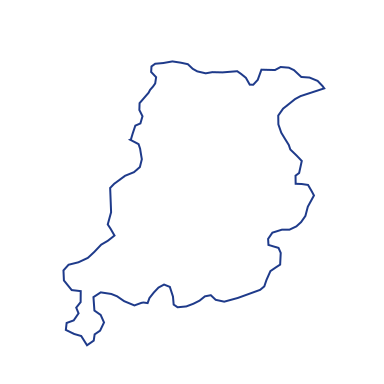 Chungju-si, North Chungcheong, South Korea (Albers equal-area conic projection), rotated 80°
{"feature_id": "91817680B87543439372548", "entity_name": "Chungju-si", "entity_type": "district", "adm_level": 2, "iso_a3": "KOR", "parent_name": "South Korea", "parent_adm1": "North Chungcheong", "projection": "albers", "projection_center": [127.905, 36.999], "detail": "fine", "context": "isolated", "style": "outline", "palette": "blue", "viewbox_px": 384, "rotation_deg": 80, "n_neighbors": 0, "source": "geoboundaries", "source_scale": "gbopen_adm2", "svg_char_len": 1840}
<svg xmlns="http://www.w3.org/2000/svg" viewBox="0 0 384 384"><g transform="rotate(80 192 192)"><path d="M83.6,102.4L93.0,107.8L97.0,113.1L96.3,116.5L88.9,119.1L84.3,123.1L80.9,126.5L80.2,133.8L79.5,141.2L77.5,151.2L77.5,157.9L74.1,165.9L70.8,169.9L65.4,173.9L62.7,180.6L60.0,188.6L60.0,198.0L59.3,206.0L61.3,210.1L66.7,211.4L72.7,207.4L78.7,209.4L81.4,212.1L84.1,215.5L86.7,217.5L95.4,228.2L102.1,229.6L108.8,227.6L115.5,230.9L116.8,236.3L124.2,240.3L129.6,243.0L129.8,243.8L135.6,236.3L140.3,235.6L147.0,235.7L151.0,235.7L158.4,239.0L162.4,245.7L164.4,255.1L170.4,267.2L173.8,271.9L188.5,273.9L197.9,275.2L209.3,280.6L214.0,278.6L221.4,275.9L225.4,283.3L228.1,290.6L234.1,298.7L238.8,306.0L241.5,316.1L242.2,326.2L246.9,332.2L256.9,333.5L267.7,327.5L270.3,318.8L281.1,320.8L285.8,326.1L291.8,324.8L292.8,325.8L297.9,330.8L299.2,338.2L305.9,340.2L311.3,332.8L314.6,326.1L324.7,322.0L323.2,318.7L321.3,314.6L315.3,312.6L312.6,306.6L305.2,301.3L297.2,303.3L291.8,308.7L278.4,307.3L275.0,299.3L278.4,289.2L281.7,283.9L287.7,277.8L293.7,268.4L292.4,261.1L292.4,259.0L293.7,255.0L289.0,252.3L284.3,247.0L280.3,241.6L278.3,235.6L281.6,230.3L291.7,228.9L299.7,229.6L303.0,226.2L303.7,217.5L302.3,210.1L300.3,203.4L297.0,197.4L296.9,191.4L302.3,187.4L305.6,179.3L304.3,165.3L300.2,141.9L297.5,137.2L291.5,133.9L283.5,128.5L280.8,122.5L278.8,117.8L267.4,115.2L262.1,116.5L257.4,125.9L251.4,125.2L246.0,119.9L244.7,109.9L246.0,102.5L244.0,95.2L240.6,89.8L235.3,84.5L226.6,80.5L216.6,72.5L212.6,73.8L205.2,76.5L203.2,82.5L201.9,88.5L193.9,87.2L191.9,83.2L180.5,78.5L174.5,82.5L167.2,87.8L162.5,88.5L155.8,91.2L149.1,93.8L140.4,95.2L131.7,93.8L125.7,87.8L121.7,80.4L118.4,74.4L116.4,68.4L112.9,43.8L110.4,45.0L104.4,49.0L99.7,56.4L97.7,64.4L89.7,70.4L86.4,75.0L84.3,83.0L86.3,89.1L83.6,102.4Z" fill="none" stroke="#1e3a8a" stroke-width="2"/></g></svg>